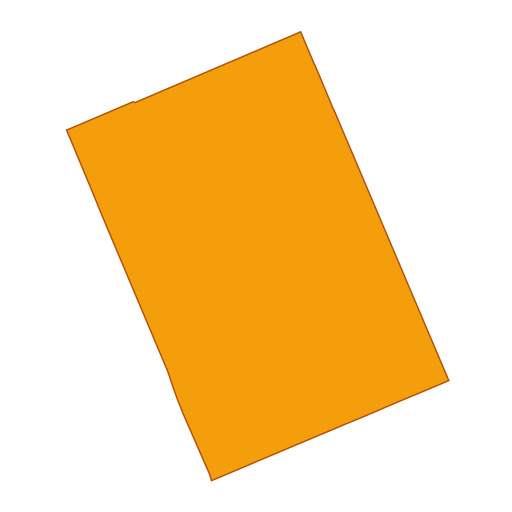 the district of Cimarron, Oklahoma, United States of America, rotated 247°
{"feature_id": "52423323B34412433575069", "entity_name": "Cimarron", "entity_type": "district", "adm_level": 2, "iso_a3": "USA", "parent_name": "United States of America", "parent_adm1": "Oklahoma", "projection": "equal_earth", "projection_center": [-102.557, 36.75], "detail": "fine", "context": "isolated", "style": "filled", "palette": "amber", "viewbox_px": 512, "rotation_deg": 247, "n_neighbors": 0, "source": "geoboundaries", "source_scale": "gbopen_adm2", "svg_char_len": 579}
<svg xmlns="http://www.w3.org/2000/svg" viewBox="0 0 512 512"><g transform="rotate(247 256 256)"><path d="M394.0,384.8L408.5,384.8L409.8,384.6L444.9,384.7L444.5,204.9L446.0,202.9L445.9,130.8L440.4,130.8L435.7,130.8L385.1,130.5L375.8,130.4L355.3,130.1L318.5,130.0L185.0,129.7L167.9,128.4L160.9,128.0L153.7,127.6L145.4,127.5L138.6,127.3L129.0,127.4L75.4,128.0L72.9,128.0L72.5,128.0L66.6,127.2L66.5,172.7L66.6,173.8L66.3,271.8L66.1,294.6L66.2,324.5L66.2,332.0L66.0,371.3L66.0,384.8L359.7,384.8L361.8,384.6L394.0,384.8Z" fill="#f59e0b" stroke="#b45309" stroke-width="1.5"/></g></svg>